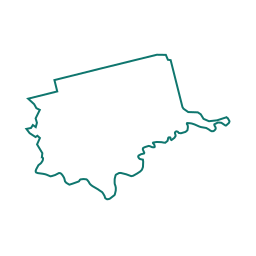 Bryan, Oklahoma, United States of America (Robinson projection), rotated 346°
{"feature_id": "52423323B7757508729966", "entity_name": "Bryan", "entity_type": "district", "adm_level": 2, "iso_a3": "USA", "parent_name": "United States of America", "parent_adm1": "Oklahoma", "projection": "robinson", "projection_center": [-96.193, 33.922], "detail": "fine", "context": "isolated", "style": "outline", "palette": "teal", "viewbox_px": 256, "rotation_deg": 346, "n_neighbors": 0, "source": "geoboundaries", "source_scale": "gbopen_adm2", "svg_char_len": 2664}
<svg xmlns="http://www.w3.org/2000/svg" viewBox="0 0 256 256"><g transform="rotate(346 128 128)"><path d="M38.2,75.4L42.7,82.2L43.9,86.6L46.8,89.1L40.7,96.3L40.9,100.9L38.7,104.8L36.4,102.1L33.9,104.5L29.2,104.3L31.3,109.2L36.1,114.4L38.2,113.6L40.1,116.4L35.8,121.9L38.8,131.7L37.4,135.4L37.6,135.4L38.1,136.3L38.2,137.0L37.7,138.3L37.1,139.2L35.4,140.8L34.4,141.4L32.1,142.4L29.0,145.8L28.2,147.0L28.0,147.4L27.9,148.3L28.1,148.9L29.5,149.9L34.5,151.9L36.4,152.8L37.7,153.6L41.0,156.1L42.5,156.2L45.9,156.0L50.1,155.0L50.9,155.2L51.5,155.6L52.2,156.3L53.1,158.2L53.8,160.4L54.0,161.6L54.0,164.6L54.9,166.3L57.1,168.5L57.5,168.8L60.8,168.6L66.9,168.0L67.6,167.8L68.9,166.6L69.5,166.4L72.1,166.7L73.5,167.1L75.3,167.8L75.9,168.6L76.4,169.7L76.8,170.5L77.4,172.8L78.5,174.6L79.6,175.9L84.1,180.3L85.1,181.5L87.4,184.0L88.0,185.5L88.8,188.3L88.9,190.2L89.1,190.8L90.5,192.1L92.2,192.3L93.5,192.1L98.5,189.9L99.0,189.5L99.4,188.8L101.0,185.7L101.7,183.1L101.8,181.3L101.6,179.0L101.9,177.4L102.6,174.7L102.9,173.9L104.5,170.9L105.0,170.4L108.5,169.5L110.2,169.9L115.1,172.5L119.5,175.5L121.4,175.6L126.1,174.3L126.9,174.0L129.2,173.2L131.1,172.1L131.9,171.2L133.1,169.4L134.6,164.3L134.8,162.3L133.7,161.8L132.9,161.4L132.3,161.1L131.8,160.7L131.3,159.9L130.9,158.4L131.4,157.5L131.6,157.3L134.3,156.6L137.4,156.6L137.8,156.0L137.2,152.5L137.5,151.5L138.0,151.0L140.1,150.6L143.7,150.4L144.8,150.9L146.7,152.4L148.0,152.9L149.1,153.0L149.5,152.3L149.5,150.9L149.1,149.7L148.8,149.2L148.6,148.8L148.6,148.5L148.9,148.2L152.5,148.5L157.2,149.9L159.1,150.8L160.6,151.3L163.3,150.0L164.6,147.4L165.1,147.0L166.0,147.1L166.7,147.4L166.8,147.9L166.6,148.7L166.7,149.5L166.9,149.8L167.3,150.2L170.6,148.8L172.2,147.3L172.3,147.0L172.4,146.1L172.3,144.6L172.5,143.7L173.2,143.2L173.7,143.0L174.3,143.0L175.4,143.7L176.1,145.1L178.1,145.9L182.8,145.7L184.5,144.9L185.2,144.4L186.2,142.0L186.5,140.8L186.5,139.8L186.5,139.3L186.2,138.8L186.1,138.2L186.4,137.6L186.6,137.5L189.4,138.4L191.0,139.1L193.4,140.6L196.1,142.7L197.5,143.8L198.9,144.7L203.9,146.9L206.1,149.0L207.0,150.1L207.5,150.6L208.3,151.3L208.9,151.5L210.2,151.7L211.0,151.4L212.2,150.7L212.7,150.2L213.0,149.6L213.1,149.1L213.0,148.0L212.7,147.4L212.5,146.1L212.5,145.8L212.7,145.3L216.3,144.5L217.3,144.6L219.8,145.5L220.2,145.9L222.9,148.9L223.5,149.3L223.8,149.3L225.8,148.2L227.0,147.6L227.9,146.5L228.1,145.9L227.2,142.7L226.4,141.9L226.2,141.4L216.3,142.1L208.2,141.0L203.5,137.4L201.9,132.3L199.5,129.7L190.3,127.1L186.5,122.7L185.9,120.8L185.8,72.5L183.2,71.4L182.4,66.2L173.7,63.9L148.3,63.8L115.0,63.7L78.8,63.7L68.2,63.7L68.2,75.4L38.2,75.4Z" fill="none" stroke="#0f766e" stroke-width="2"/></g></svg>